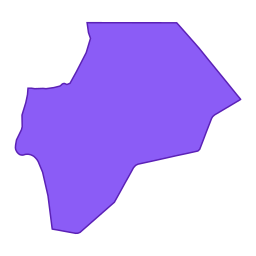 an SVG outline of Ma`an
{"feature_id": "JOR-853", "entity_name": "Ma`an", "entity_type": "Province", "adm_level": 1, "iso_a3": "JOR", "parent_name": "Jordan", "parent_adm1": "", "projection": "natural_earth1", "projection_center": [36.363, 30.219], "detail": "fine", "context": "isolated", "style": "filled", "palette": "violet", "viewbox_px": 256, "rotation_deg": 0, "n_neighbors": 0, "source": "natural_earth", "source_scale": "10m", "svg_char_len": 1169}
<svg xmlns="http://www.w3.org/2000/svg" viewBox="0 0 256 256"><path d="M176.7,22.8L187.5,35.0L198.4,47.4L198.7,47.7L198.9,48.0L199.2,48.3L199.5,48.7L208.7,60.1L217.9,71.4L227.2,82.8L236.4,94.2L240.6,99.3L240.5,99.5L240.0,99.8L233.8,103.5L223.7,109.5L214.6,114.9L212.7,116.6L211.6,118.4L209.1,124.8L206.1,132.5L203.4,139.7L199.7,149.3L197.9,151.0L188.0,153.2L176.7,155.6L164.7,158.3L152.6,161.0L145.2,162.6L137.9,164.2L135.6,165.4L133.5,167.7L128.9,176.1L125.0,183.0L119.8,192.5L114.4,202.2L107.9,207.9L98.1,216.5L89.2,224.3L80.1,232.3L77.9,233.2L75.6,233.3L66.8,231.7L57.1,229.9L52.3,229.1L52.1,228.2L48.0,195.8L42.6,172.2L38.2,161.6L36.9,159.5L35.4,157.8L33.8,156.3L32.2,155.4L30.6,154.7L28.1,154.2L25.9,154.3L24.8,154.5L23.8,154.9L22.5,155.1L21.2,155.0L19.8,154.6L18.6,153.8L17.6,152.8L16.8,151.8L16.2,150.6L15.7,149.6L15.4,147.7L15.6,145.0L16.5,139.9L21.5,129.6L22.2,126.7L22.0,115.1L25.8,102.7L27.5,94.6L28.0,88.2L31.4,88.2L34.8,88.7L43.1,88.4L46.0,88.7L53.8,87.6L59.8,86.1L61.0,85.3L61.8,84.4L62.9,83.7L63.8,83.5L64.6,83.5L66.9,84.5L70.0,83.3L76.3,71.9L86.2,52.7L90.5,38.4L88.5,32.7L87.1,22.7L176.7,22.8Z" fill="#8b5cf6" stroke="#5b21b6" stroke-width="1.5"/></svg>